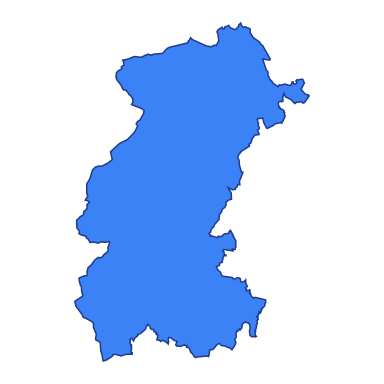 outline of Borris-In-Ossory -Mountmellick Lea-6, Laoighis, Ireland
{"feature_id": "5873133B47700529765173", "entity_name": "Borris-In-Ossory -Mountmellick Lea-6", "entity_type": "district", "adm_level": 2, "iso_a3": "IRL", "parent_name": "Ireland", "parent_adm1": "Laoighis", "projection": "mercator", "projection_center": [-7.469, 52.998], "detail": "fine", "context": "isolated", "style": "filled", "palette": "blue", "viewbox_px": 384, "rotation_deg": 0, "n_neighbors": 0, "source": "geoboundaries", "source_scale": "gbopen_adm2", "svg_char_len": 5964}
<svg xmlns="http://www.w3.org/2000/svg" viewBox="0 0 384 384"><path d="M103.1,361.0L106.0,360.2L107.4,359.5L107.7,358.7L108.5,358.8L112.4,356.2L113.0,354.7L115.6,354.3L121.1,356.0L125.8,354.3L132.2,354.2L132.2,352.7L131.0,352.2L131.6,349.0L131.1,347.8L131.6,347.4L131.0,345.8L131.7,345.2L130.1,343.6L130.3,340.5L130.0,339.2L131.8,338.3L133.6,340.9L134.8,338.0L137.0,336.4L138.0,335.2L137.7,334.5L140.2,333.7L145.3,329.5L146.0,328.3L146.2,326.2L147.2,325.7L147.8,324.2L150.1,326.7L150.4,328.4L151.5,329.4L153.6,329.5L153.9,331.6L155.8,331.9L155.7,333.2L156.7,333.3L156.4,334.6L158.1,335.3L156.8,339.8L159.5,340.4L160.7,341.5L162.4,340.1L166.5,342.4L168.2,344.0L168.7,341.5L168.3,341.0L168.2,338.6L168.7,337.6L171.0,337.8L173.6,340.2L177.1,341.4L175.6,344.9L176.9,345.4L176.8,346.0L181.0,346.4L184.2,344.7L184.4,345.3L187.0,345.7L186.5,347.1L189.5,348.3L190.2,351.1L191.2,352.9L192.3,353.4L194.2,356.6L195.9,357.6L197.1,357.0L207.1,356.0L208.4,356.6L209.2,354.4L209.6,350.0L213.1,349.4L217.0,344.7L219.3,343.3L221.3,345.5L225.5,346.1L227.4,347.3L229.7,347.8L231.9,349.8L234.6,345.8L235.7,343.2L235.8,341.7L234.9,340.2L235.1,338.9L236.0,337.6L236.3,335.9L236.0,334.1L236.7,331.0L237.2,331.4L238.0,331.0L239.2,329.9L239.0,329.5L239.4,328.9L240.4,329.8L241.7,328.2L242.4,324.1L245.3,321.9L246.0,322.5L248.2,322.9L249.6,324.5L250.2,328.1L249.4,331.3L250.1,335.7L252.5,336.9L255.0,336.4L256.0,337.4L255.7,336.6L256.3,336.3L255.6,335.7L255.0,333.4L255.4,332.2L255.1,331.7L255.6,331.2L255.0,331.0L254.9,330.1L255.8,329.4L256.6,326.2L256.2,325.2L257.4,323.5L256.9,320.7L258.3,319.4L257.6,318.2L257.9,317.7L257.3,317.3L257.8,316.9L257.0,316.3L258.0,316.0L258.2,314.3L259.2,313.8L259.1,313.0L259.7,313.1L259.4,312.4L260.0,312.8L260.8,312.3L260.5,311.8L261.5,310.7L261.1,310.0L261.7,308.7L262.4,308.7L262.4,308.0L264.4,306.4L265.8,301.5L265.6,299.9L255.8,297.5L254.4,297.4L253.4,298.3L250.9,295.5L250.6,293.3L249.6,293.4L250.1,290.3L249.7,289.8L247.8,290.9L246.1,290.5L246.7,289.3L245.3,287.8L247.4,286.5L245.7,282.9L245.7,279.9L244.4,281.2L241.7,282.3L241.1,281.8L240.4,280.3L240.3,278.6L239.3,278.0L237.1,277.7L234.0,279.5L232.4,277.5L222.2,276.1L220.4,272.2L218.1,270.1L216.3,266.8L219.6,265.2L219.4,263.7L219.6,263.2L222.3,262.2L222.2,261.2L223.1,258.3L223.0,256.7L223.4,256.0L226.1,255.7L225.9,254.9L224.5,255.0L223.9,251.8L222.8,251.3L223.9,249.5L232.8,250.9L233.3,250.8L232.3,249.2L235.1,249.3L235.0,248.1L235.8,247.5L235.8,240.6L233.9,237.6L233.9,236.9L233.3,236.6L233.0,235.0L230.5,230.3L229.2,231.4L229.1,233.2L224.3,233.9L221.1,236.7L218.1,236.2L217.5,237.7L211.4,235.8L210.7,236.4L210.4,235.9L210.5,235.1L209.7,234.8L209.0,233.3L210.8,231.8L210.8,230.4L212.7,227.3L213.3,227.4L214.6,224.5L219.2,219.2L218.8,218.0L219.4,216.7L219.0,216.2L219.4,214.8L221.6,211.9L221.5,210.7L222.8,208.8L224.9,207.4L225.1,206.3L225.9,205.6L226.1,204.4L225.9,202.2L229.3,199.7L231.5,199.3L231.2,193.0L228.1,187.7L232.4,189.8L235.2,189.4L235.8,188.0L237.2,186.6L237.5,184.6L239.9,184.7L239.4,181.3L243.0,172.3L241.4,171.9L239.5,165.5L239.1,160.2L238.1,158.6L237.8,156.9L238.6,154.8L240.8,152.3L240.7,151.7L249.6,146.0L248.6,144.3L250.9,143.0L252.2,138.8L254.8,135.1L259.0,134.6L258.9,133.2L257.3,130.4L259.1,128.9L259.4,127.8L258.3,125.6L258.5,122.9L257.8,122.2L257.5,119.7L257.1,119.3L257.8,118.7L262.7,118.1L263.9,123.0L267.0,128.5L272.6,125.9L275.2,123.8L280.0,122.7L281.9,123.1L282.0,121.8L283.3,120.8L283.4,119.6L284.4,118.4L285.2,115.7L284.4,114.4L284.6,112.6L283.9,112.4L284.2,111.1L282.6,109.5L281.2,109.3L279.7,107.4L279.4,107.9L278.7,107.3L279.1,106.5L278.5,105.2L278.3,102.9L279.1,101.8L280.6,101.4L281.7,101.8L282.9,101.2L283.1,99.8L282.4,99.1L283.9,93.4L285.6,97.0L290.9,99.5L294.7,103.6L295.9,102.6L300.6,101.7L301.6,101.7L302.9,103.1L304.5,102.6L309.2,95.8L308.3,94.9L305.2,94.1L301.0,89.4L304.5,82.9L303.6,82.0L303.5,80.2L302.6,79.4L300.3,79.3L298.4,80.1L297.2,79.6L295.8,81.1L296.8,82.0L296.8,83.2L295.2,84.2L293.7,83.6L293.0,81.8L292.1,81.9L291.0,85.3L289.5,85.4L284.9,84.1L280.6,85.1L279.2,84.8L277.9,86.6L273.3,83.5L271.7,81.0L269.9,79.4L268.9,76.8L267.9,75.6L268.0,72.0L266.2,69.8L262.7,59.1L269.7,60.1L270.2,58.9L262.6,45.5L261.2,44.5L259.4,41.9L253.3,37.6L250.3,33.0L250.0,28.7L244.8,26.7L243.8,27.6L243.2,27.4L241.4,25.3L240.8,23.0L238.9,24.7L238.0,27.1L235.6,29.5L234.1,29.4L230.2,27.6L228.8,25.4L225.0,26.9L224.5,27.3L224.6,28.5L224.1,29.0L222.9,29.0L222.0,27.2L217.8,30.0L216.9,31.9L217.8,33.6L218.8,40.6L216.3,45.5L214.5,45.1L211.2,46.8L206.5,46.0L192.9,39.9L190.6,37.7L189.6,39.8L188.2,41.2L188.2,42.3L187.5,42.9L169.5,47.3L167.1,48.5L162.5,53.4L154.1,54.1L151.9,54.8L151.7,55.3L147.8,54.2L141.0,57.3L134.4,56.5L128.5,58.9L122.6,60.3L123.4,61.3L124.0,65.1L121.5,66.6L121.3,67.3L121.8,68.6L121.2,69.2L117.8,71.1L116.3,73.0L116.4,74.7L115.9,76.3L116.7,79.6L121.0,85.0L122.9,89.3L123.9,90.0L126.0,89.9L126.4,91.1L127.0,91.1L129.0,94.5L130.6,95.7L132.8,98.8L132.8,102.6L131.5,104.6L141.8,108.7L144.1,110.5L143.6,113.5L140.1,119.8L137.5,121.6L136.1,123.8L137.7,125.9L134.9,131.6L132.8,134.1L127.4,139.5L119.6,143.4L110.5,151.7L112.3,159.6L107.9,163.0L101.5,166.3L99.3,165.9L95.2,167.2L92.5,170.1L89.9,178.7L86.7,184.0L86.8,193.6L87.8,196.2L85.2,200.1L87.5,200.7L89.5,202.1L86.9,204.7L87.2,208.5L83.8,211.6L83.5,212.3L83.8,213.3L82.8,215.5L80.6,216.3L76.6,220.3L76.9,228.0L79.0,230.6L79.5,231.9L78.9,233.3L79.1,233.7L80.5,234.7L85.7,236.2L86.3,236.8L86.3,237.8L88.3,239.3L90.0,242.5L94.3,242.1L97.8,243.2L100.9,241.9L105.5,242.3L109.2,241.5L109.6,242.6L107.8,248.0L108.4,249.8L107.0,252.4L104.3,254.2L102.2,257.0L100.1,257.8L98.3,257.4L94.7,260.1L91.0,265.3L90.0,265.8L89.4,266.9L88.3,267.2L87.4,269.9L87.5,270.7L86.9,271.8L87.3,273.5L86.9,275.6L84.7,275.7L79.4,277.8L79.0,278.8L79.2,280.7L80.3,285.0L81.3,286.4L81.7,291.3L82.8,296.0L74.8,301.3L75.9,306.2L81.9,314.3L83.3,317.4L86.3,318.5L92.2,321.8L93.6,323.8L93.4,327.3L96.3,334.2L95.6,338.3L95.7,339.8L100.1,342.2L100.8,350.9L102.0,354.6L103.1,361.0Z" fill="#3b82f6" stroke="#1e3a8a" stroke-width="1.5"/></svg>